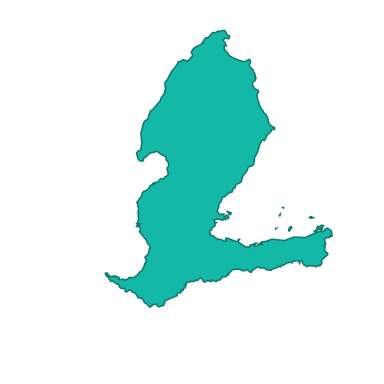 Halmahera Timur, Maluku Utara, Indonesia (Mercator projection), rotated 330°
{"feature_id": "22746128B70343351071090", "entity_name": "Halmahera Timur", "entity_type": "district", "adm_level": 2, "iso_a3": "IDN", "parent_name": "Indonesia", "parent_adm1": "Maluku Utara", "projection": "mercator", "projection_center": [128.277, 1.003], "detail": "fine", "context": "isolated", "style": "filled", "palette": "teal", "viewbox_px": 384, "rotation_deg": 330, "n_neighbors": 0, "source": "geoboundaries", "source_scale": "gbopen_adm2", "svg_char_len": 6088}
<svg xmlns="http://www.w3.org/2000/svg" viewBox="0 0 384 384"><g transform="rotate(330 192 192)"><path d="M84.5,245.1L85.6,245.9L88.7,245.5L90.2,246.8L90.1,248.8L92.3,251.3L92.5,256.5L95.7,259.7L95.5,264.1L96.9,266.2L97.7,270.5L100.0,270.8L101.3,269.8L105.2,271.4L105.0,273.2L105.8,274.9L111.1,276.0L111.9,274.8L113.3,274.2L113.3,273.2L114.1,272.7L127.3,274.3L129.1,272.2L131.7,273.6L132.6,273.2L132.7,272.2L133.5,272.7L134.5,271.9L135.2,272.6L136.7,271.3L138.2,271.6L140.1,269.9L139.3,268.6L140.6,268.8L142.0,268.2L142.0,267.5L143.4,267.5L145.0,269.0L147.0,268.8L148.3,270.3L150.3,270.2L150.6,270.7L151.4,270.0L152.7,271.5L155.4,270.5L156.9,271.1L157.4,276.3L161.4,276.6L163.8,279.2L164.8,278.4L165.9,278.7L166.3,279.8L168.5,281.8L169.3,281.1L172.4,282.2L176.1,280.8L178.1,282.0L179.7,282.2L180.6,281.4L181.9,282.0L182.8,280.6L183.4,281.2L187.8,279.5L189.0,279.7L194.7,282.7L195.8,284.8L197.7,286.4L200.6,286.4L202.5,291.0L203.8,291.1L205.3,289.9L212.0,289.7L212.4,291.3L214.6,293.0L216.5,293.5L217.5,296.6L221.1,299.3L223.7,298.8L226.3,300.0L230.1,299.7L230.8,301.1L231.7,300.5L236.1,301.2L238.5,300.6L239.3,301.3L242.3,302.0L243.2,303.5L244.9,302.6L248.3,303.8L249.6,305.1L249.5,307.6L251.2,305.7L252.9,306.6L252.3,308.3L252.5,311.4L253.8,312.5L254.1,314.1L257.1,314.6L259.2,316.4L260.5,316.5L261.7,318.7L264.8,318.6L265.5,319.9L267.7,319.4L269.2,318.2L269.7,315.9L278.2,314.1L278.9,312.7L277.9,311.0L277.8,308.5L280.0,306.3L279.5,304.8L281.1,304.6L281.1,303.9L282.2,303.2L282.4,300.8L283.4,299.0L284.8,298.5L288.6,300.3L290.2,299.2L291.0,300.3L291.5,299.9L293.3,295.2L291.2,290.9L288.5,290.9L288.5,291.5L287.7,291.1L287.1,291.8L285.4,292.0L282.8,289.7L281.9,290.0L278.8,288.9L277.4,289.6L275.4,288.7L267.6,288.2L257.1,281.6L256.0,282.2L254.7,281.4L247.8,280.3L237.6,272.8L232.7,272.0L232.9,272.6L227.7,270.1L226.3,270.2L226.8,272.4L225.7,272.2L225.3,271.6L225.3,271.0L223.9,270.4L223.0,270.3L222.6,271.3L220.4,270.9L219.0,270.1L219.2,269.5L222.2,268.5L220.5,267.7L218.5,268.0L216.0,267.0L213.7,268.6L213.1,267.5L211.1,266.7L207.4,259.2L207.4,257.7L205.0,256.5L199.7,249.7L198.4,249.0L197.4,249.6L197.3,251.8L195.0,250.4L194.0,248.4L191.5,246.1L190.6,246.1L190.6,244.9L189.4,244.0L188.7,240.9L186.2,238.5L187.3,237.2L187.1,235.9L187.9,234.6L190.1,234.5L191.7,233.1L195.3,232.7L196.0,230.5L197.8,230.8L196.6,229.2L197.4,227.2L201.5,228.8L204.5,231.8L206.6,231.1L207.3,232.1L207.1,232.6L211.0,232.8L211.2,230.1L210.5,229.2L208.4,230.1L207.4,229.3L208.7,227.2L204.4,224.8L204.6,222.8L204.0,221.9L205.7,219.7L207.7,218.4L209.2,215.9L212.1,215.0L215.9,211.8L218.7,212.5L220.7,211.5L224.3,211.4L226.9,212.1L228.5,210.0L231.3,210.0L233.7,207.6L239.3,208.0L243.7,203.8L250.2,201.2L253.0,198.8L255.0,198.7L256.9,199.5L259.3,199.0L263.4,193.5L268.2,190.6L276.0,183.4L276.8,183.6L278.1,182.4L279.6,182.5L280.3,183.6L283.5,182.0L284.3,180.6L290.4,179.2L291.9,177.8L294.8,178.9L295.7,178.1L295.1,176.2L294.1,175.6L293.0,172.0L293.2,169.7L294.4,167.0L294.8,161.9L293.8,159.1L294.2,157.7L293.4,154.0L294.1,152.4L293.6,149.4L294.3,148.8L296.1,141.5L297.9,139.4L299.8,138.6L300.1,136.8L298.0,134.3L297.8,129.5L300.1,127.0L302.1,127.2L304.6,125.1L303.9,124.0L304.8,123.3L305.7,120.4L305.2,119.5L306.0,117.2L304.7,111.8L305.7,110.0L307.5,109.0L308.3,107.1L307.7,105.6L303.5,105.7L300.3,103.6L294.5,96.1L292.1,91.7L292.6,90.3L291.2,84.7L292.7,81.8L294.9,82.6L294.9,80.2L295.6,79.1L294.8,78.3L294.9,75.6L296.0,75.9L297.5,75.2L300.4,77.7L302.4,76.2L302.4,74.9L301.6,74.8L300.9,73.1L301.3,69.7L300.6,67.9L295.5,66.6L295.3,65.7L292.1,65.8L289.5,64.1L283.1,66.4L281.3,65.5L279.6,65.7L276.7,67.3L276.6,68.5L275.5,67.8L273.7,68.6L265.9,68.3L263.6,69.1L261.1,70.7L261.4,72.9L260.3,74.3L253.5,76.8L253.1,75.3L252.0,75.0L250.6,72.9L246.8,73.2L246.0,72.4L244.9,72.6L242.6,74.3L233.5,77.8L232.9,79.1L231.9,79.0L226.4,82.6L223.6,83.5L221.3,87.1L221.3,88.9L218.4,91.3L218.4,92.3L212.0,95.2L210.4,97.0L199.0,101.1L196.5,101.0L191.8,105.0L190.7,106.8L186.9,106.8L184.8,107.8L177.1,115.5L173.1,124.3L169.0,129.5L167.1,130.1L165.8,129.5L163.5,130.5L161.8,135.9L162.3,138.9L164.8,140.6L165.6,140.6L167.2,138.4L168.8,138.7L174.8,137.4L177.3,137.8L178.4,138.7L180.4,138.6L182.3,139.8L184.2,144.4L186.4,147.2L186.8,149.2L185.5,151.3L186.3,153.1L185.5,156.7L184.4,158.1L182.6,158.5L182.0,159.4L180.5,164.5L179.2,165.4L175.7,165.5L174.6,166.5L171.1,164.8L166.8,166.3L164.8,165.2L162.5,165.0L162.7,165.9L164.6,166.1L162.6,165.9L161.8,166.5L161.1,165.6L159.9,165.6L158.0,165.8L156.6,167.3L152.7,167.8L150.1,167.3L147.9,168.2L147.0,169.9L138.9,173.6L139.0,175.3L137.7,177.4L138.0,179.2L134.7,182.8L135.1,184.2L133.3,185.6L132.6,188.5L130.6,190.0L130.1,191.4L128.3,191.5L128.9,193.3L129.5,193.4L129.9,192.6L130.0,193.4L131.1,193.9L128.7,194.2L129.1,197.5L127.5,199.9L126.6,200.1L128.3,210.7L127.8,215.0L128.6,217.2L127.9,219.6L126.6,219.9L122.9,224.0L118.8,224.8L117.5,229.9L114.9,230.5L114.2,231.8L109.0,235.2L106.3,235.1L103.6,236.5L98.9,237.1L95.0,234.6L93.2,235.2L89.4,234.6L88.9,233.0L88.2,233.4L85.2,231.2L86.0,229.8L85.4,228.1L84.5,228.1L83.8,226.6L82.8,227.0L82.1,225.3L81.1,225.6L78.9,224.2L77.8,221.4L78.2,221.2L77.8,219.9L78.5,219.8L76.3,219.0L75.7,221.7L76.8,223.7L76.9,228.8L79.1,229.9L80.7,233.9L82.2,235.3L81.8,238.5L82.3,239.8L85.3,241.8L84.5,245.1ZM284.1,285.8L283.8,284.6L281.8,285.9L281.6,287.4L284.3,288.2L286.2,287.6L287.4,287.9L289.1,286.8L287.5,285.4L284.1,285.8ZM256.8,274.5L260.7,272.6L260.8,271.7L259.1,271.4L256.9,272.9L256.3,273.6L256.8,274.5ZM212.9,226.8L213.2,230.5L214.2,230.9L215.5,229.4L212.9,226.8ZM282.4,272.5L281.0,272.8L281.6,274.1L284.2,274.9L282.4,272.5ZM280.1,287.0L278.1,287.1L277.9,287.5L278.4,288.3L280.5,288.5L280.1,287.0ZM286.5,288.7L284.7,289.1L284.8,289.8L286.2,289.6L286.5,288.7ZM127.7,193.6L126.6,194.2L128.0,195.0L128.6,194.4L127.7,193.6ZM256.1,256.5L257.4,255.5L257.6,255.2L256.1,255.7L256.1,256.5ZM209.0,256.2L208.3,256.5L208.1,257.3L209.5,256.9L209.0,256.2ZM263.4,251.6L263.6,251.0L262.6,250.8L262.7,251.2L263.4,251.6ZM225.4,271.4L226.4,271.2L225.8,270.7L225.4,271.4ZM247.0,265.5L246.3,265.3L246.1,265.8L247.0,265.5Z" fill="#14b8a6" stroke="#0f766e" stroke-width="1.5"/></g></svg>